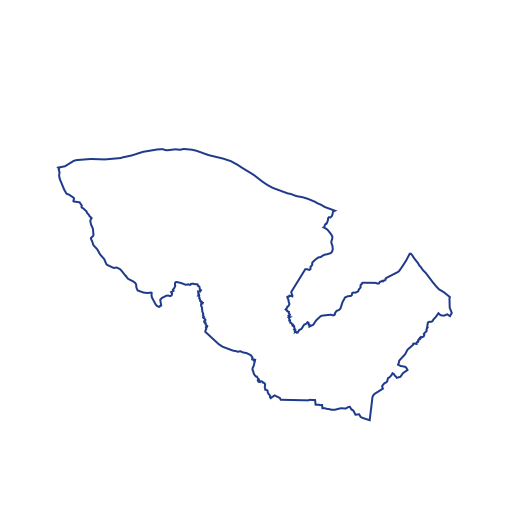 outline of Nong Wua So, Nong Bua Lam Phu, Thailand, rotated 138°
{"feature_id": "78962969B8714303156846", "entity_name": "Nong Wua So", "entity_type": "district", "adm_level": 2, "iso_a3": "THA", "parent_name": "Thailand", "parent_adm1": "Nong Bua Lam Phu", "projection": "natural_earth1", "projection_center": [102.601, 17.184], "detail": "fine", "context": "isolated", "style": "outline", "palette": "blue", "viewbox_px": 512, "rotation_deg": 138, "n_neighbors": 0, "source": "geoboundaries", "source_scale": "gbopen_adm2", "svg_char_len": 6074}
<svg xmlns="http://www.w3.org/2000/svg" viewBox="0 0 512 512"><g transform="rotate(138 256 256)"><path d="M370.8,361.6L370.9,355.2L372.6,350.3L372.6,349.0L369.7,342.3L367.3,340.7L365.9,337.5L365.8,335.1L366.2,328.3L365.9,327.9L366.3,326.7L366.3,324.5L364.3,319.4L363.8,316.9L364.1,315.1L366.0,312.6L367.0,309.6L364.0,304.0L361.3,301.0L358.5,299.1L358.2,298.5L360.3,296.3L361.2,294.4L363.0,287.1L363.0,285.3L362.3,283.3L361.7,282.8L360.6,283.1L359.6,282.6L356.5,287.5L354.0,287.8L349.3,286.5L347.8,285.5L346.7,283.7L345.2,283.2L343.5,284.1L343.3,286.0L340.6,285.3L340.2,286.6L338.4,286.8L336.0,287.8L335.6,288.7L334.2,290.1L333.2,290.3L332.5,289.9L329.9,286.3L327.4,281.5L325.2,280.2L324.8,279.1L323.8,278.5L323.1,278.8L321.4,277.7L320.8,276.6L318.4,274.1L319.1,272.6L318.5,271.3L320.2,268.4L319.8,267.4L320.4,267.3L320.4,267.9L321.3,267.0L322.7,268.4L323.0,267.8L323.7,267.3L323.8,266.3L324.3,266.0L324.0,266.0L324.3,265.0L325.3,264.1L326.1,262.5L326.6,262.4L326.8,260.9L327.6,259.9L327.0,258.9L327.0,258.3L327.6,258.5L328.0,257.9L327.4,257.8L326.8,256.8L327.5,256.5L327.7,257.1L328.5,257.3L329.5,256.5L330.2,255.5L330.7,253.5L331.6,252.9L332.4,251.3L333.0,250.8L334.0,248.1L335.0,247.6L335.4,245.7L336.1,245.9L336.5,245.7L336.1,242.7L337.0,241.8L338.2,242.2L338.6,241.7L338.8,240.8L338.3,239.7L339.3,238.8L339.1,236.5L340.6,235.9L340.5,236.6L340.8,236.7L342.0,234.9L343.0,234.7L344.4,233.6L342.7,215.4L341.5,210.9L336.6,201.4L334.0,197.9L333.5,196.9L331.4,195.8L330.1,192.9L328.1,190.4L326.3,186.1L326.2,184.9L326.6,184.1L326.4,183.5L326.6,182.8L327.0,182.3L327.8,182.1L328.0,181.6L327.4,181.0L327.5,180.2L327.1,180.0L327.3,179.6L326.4,179.9L326.1,179.4L331.2,175.9L333.7,174.9L335.0,173.4L335.2,172.1L336.2,170.5L336.7,168.4L336.7,166.6L336.0,165.8L336.6,163.5L336.4,162.2L336.8,161.9L337.9,162.3L338.3,161.2L337.9,160.1L337.4,159.6L336.5,159.9L335.9,159.4L335.4,158.3L335.6,157.2L335.1,156.9L334.8,155.4L335.5,154.0L337.3,152.7L338.1,150.9L338.6,150.5L337.7,149.2L337.6,148.1L338.4,147.0L339.0,145.1L338.9,144.0L339.2,142.5L339.4,142.0L340.0,141.8L340.2,140.5L335.5,140.0L333.3,134.6L333.8,132.6L315.2,115.1L313.8,113.8L312.4,113.2L308.5,109.4L311.2,105.6L308.6,103.2L308.3,102.4L306.6,101.0L308.5,98.4L307.1,97.3L305.4,94.7L303.7,92.8L303.3,91.8L300.5,89.1L294.8,86.1L291.4,82.6L288.5,82.0L287.2,81.2L287.8,77.8L287.3,77.4L287.2,75.5L288.3,71.5L285.3,69.4L285.9,66.3L285.0,64.1L281.4,57.9L264.1,73.0L262.5,73.9L260.0,74.2L250.5,72.5L249.5,74.8L247.7,75.3L245.6,75.5L243.7,74.9L242.1,75.2L239.7,76.9L237.8,76.5L235.0,76.8L233.0,77.5L232.5,75.9L232.9,74.3L232.7,73.0L232.9,71.3L229.6,69.6L225.2,70.6L219.7,69.9L219.2,71.9L219.2,73.7L222.1,77.5L223.2,80.2L220.7,81.4L219.6,82.4L210.9,83.2L206.1,85.0L198.6,84.9L197.8,85.6L197.1,85.2L195.5,83.2L194.8,84.1L193.8,84.2L193.0,83.7L192.4,84.0L192.5,84.3L191.7,85.0L191.0,85.2L190.3,84.7L189.9,85.1L189.4,84.7L188.9,85.4L188.4,85.0L187.8,85.5L187.5,85.5L187.2,84.7L185.4,84.0L183.7,84.7L183.4,85.8L181.1,86.1L179.9,85.9L178.7,86.7L178.5,87.4L177.2,87.8L177.0,88.2L176.2,88.1L175.9,89.1L172.8,91.5L171.3,91.2L169.7,89.8L168.5,89.5L166.7,90.1L163.2,90.4L158.7,91.4L158.6,89.4L158.1,87.9L156.1,85.8L152.9,84.7L152.1,81.5L148.6,82.7L146.7,87.9L140.7,94.9L139.4,95.8L140.6,103.3L142.3,108.7L142.4,112.2L142.2,118.1L141.2,129.6L141.4,134.1L140.9,137.3L141.0,139.5L140.4,142.1L140.0,148.3L139.4,152.1L139.4,154.1L139.6,154.4L140.3,154.8L147.4,152.2L154.3,150.3L159.6,149.1L161.0,149.1L173.8,152.5L174.9,152.5L175.5,151.7L176.7,151.7L177.6,152.3L178.5,152.2L178.6,153.0L180.0,153.2L180.9,153.9L182.3,153.7L182.9,153.3L184.0,154.0L185.1,156.0L192.7,163.0L194.6,164.7L195.7,164.9L196.3,164.3L197.3,164.5L198.2,164.1L199.3,162.6L201.7,162.4L203.7,161.4L206.6,162.2L208.0,163.6L209.2,164.1L211.0,162.8L212.1,162.8L214.8,164.7L217.5,165.6L222.6,163.8L228.5,160.4L230.6,160.4L232.8,161.3L235.9,160.6L236.4,159.8L237.1,159.7L238.4,160.2L239.8,162.4L246.7,167.4L248.2,168.0L254.6,167.9L259.4,166.6L263.5,167.8L262.6,168.8L262.8,169.4L262.2,169.4L262.3,170.2L261.7,171.1L262.0,172.3L264.0,172.1L266.4,172.7L271.1,171.4L273.4,172.1L276.2,171.2L276.4,171.8L277.1,171.9L277.1,173.1L277.9,173.3L277.3,173.7L277.4,174.4L276.3,174.7L276.7,176.0L275.9,176.1L275.3,177.6L274.8,178.0L275.3,179.3L274.5,179.3L274.4,180.5L275.0,181.0L274.6,182.4L275.2,183.5L273.8,185.3L274.4,185.9L273.6,186.5L272.8,188.3L271.8,188.0L272.5,188.9L271.6,189.0L271.6,189.9L270.1,189.6L269.8,191.7L268.9,192.4L269.7,194.1L269.3,194.7L269.7,195.5L269.2,196.2L269.4,196.5L267.4,196.8L266.5,197.4L265.8,197.1L265.0,197.2L263.4,197.9L262.9,198.5L262.4,200.1L261.2,201.7L260.7,203.6L260.0,204.7L259.1,204.3L258.7,203.8L257.8,204.2L256.0,201.7L255.2,202.5L254.8,204.2L253.8,205.7L228.2,213.2L226.9,212.0L225.6,209.9L224.3,209.8L222.7,211.5L220.3,211.7L218.5,213.5L214.5,213.6L210.6,213.2L208.4,211.8L206.3,211.7L203.4,210.7L202.2,209.8L198.4,208.1L196.3,208.4L194.3,209.8L192.5,212.3L191.3,215.1L190.3,216.4L187.9,217.7L186.2,219.4L185.6,222.3L185.3,227.1L185.5,228.8L186.5,231.9L185.9,231.7L184.4,232.8L182.6,233.3L182.1,232.8L180.6,233.4L178.7,234.4L177.0,235.9L175.8,236.0L175.1,234.9L173.2,234.9L172.4,235.1L168.8,237.5L167.1,236.9L172.1,246.4L173.4,250.6L175.3,254.6L175.7,256.4L179.1,263.6L181.9,268.3L186.1,273.8L188.6,278.8L190.5,281.2L198.0,295.5L200.0,301.1L201.4,306.7L203.4,317.6L204.4,321.2L207.5,331.4L208.6,335.8L211.3,343.5L215.4,350.6L223.8,362.8L229.8,374.0L232.6,378.0L238.1,383.9L241.3,385.7L244.5,389.2L251.1,393.9L252.5,395.4L254.0,398.0L257.9,401.1L270.4,409.1L281.1,413.9L289.8,418.9L290.7,419.1L303.7,428.9L313.9,438.7L325.4,447.5L327.9,448.7L337.9,450.5L343.9,454.1L344.0,452.5L345.0,452.0L345.9,449.8L348.6,447.4L350.3,444.5L354.2,433.5L355.0,429.7L355.0,428.6L354.0,427.0L352.6,421.6L352.7,420.5L355.0,419.0L355.0,418.5L351.2,414.0L351.7,410.1L352.9,409.2L353.0,408.3L352.5,406.9L352.1,402.7L352.7,401.0L352.7,398.1L353.1,396.9L352.7,394.3L353.0,394.0L353.9,394.0L355.7,392.9L357.5,389.9L359.0,385.3L362.8,380.3L363.5,379.9L366.7,379.8L367.4,378.6L367.8,376.9L369.6,372.7L369.5,367.2L370.8,361.6Z" fill="none" stroke="#1e3a8a" stroke-width="2"/></g></svg>